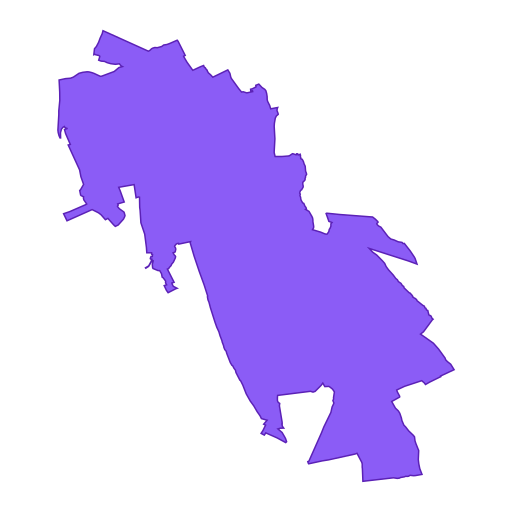 Zapodeni, Vaslui, Romania
{"feature_id": "2599482B89802278071969", "entity_name": "Zapodeni", "entity_type": "district", "adm_level": 2, "iso_a3": "ROU", "parent_name": "Romania", "parent_adm1": "Vaslui", "projection": "natural_earth1", "projection_center": [27.651, 46.76], "detail": "fine", "context": "isolated", "style": "filled", "palette": "violet", "viewbox_px": 512, "rotation_deg": 0, "n_neighbors": 0, "source": "geoboundaries", "source_scale": "gbopen_adm2", "svg_char_len": 5989}
<svg xmlns="http://www.w3.org/2000/svg" viewBox="0 0 512 512"><path d="M362.9,481.3L393.5,477.8L397.3,478.4L399.5,478.1L400.5,477.5L404.1,476.9L405.7,476.3L407.4,476.4L408.6,476.2L410.1,475.3L413.4,475.7L415.3,475.6L422.0,474.4L419.8,468.7L418.8,463.9L418.3,459.6L418.7,450.6L415.8,443.3L415.0,440.8L414.5,436.8L413.3,435.3L408.7,430.9L405.6,426.9L403.9,425.2L401.9,420.5L401.4,418.0L399.8,413.3L398.4,411.0L395.4,408.1L391.7,401.5L399.6,397.1L399.7,396.3L397.3,391.8L396.7,390.0L404.6,386.3L421.7,380.7L424.1,382.7L425.5,384.5L429.7,382.1L440.8,376.6L440.6,376.0L454.1,369.7L450.7,364.2L447.4,361.6L445.6,359.7L445.1,358.1L438.6,349.1L433.4,343.2L420.5,334.1L423.5,331.8L432.2,320.0L433.1,319.2L431.9,318.1L431.3,316.6L430.6,315.6L429.7,315.5L428.7,314.7L428.8,314.2L428.5,313.5L427.8,310.5L426.5,309.9L425.9,308.3L424.9,307.8L424.4,306.3L424.0,305.9L423.0,305.5L417.0,300.7L416.7,299.8L415.4,298.5L414.7,298.3L412.6,296.8L412.7,296.3L412.0,295.2L410.0,293.0L409.2,292.8L404.1,287.9L403.7,286.4L402.4,285.6L401.0,283.4L398.4,281.6L397.4,279.8L395.7,278.4L393.3,275.1L388.5,269.8L386.1,266.5L384.7,263.4L382.7,261.1L376.7,255.0L372.6,252.1L369.2,248.4L408.5,261.0L417.0,264.1L415.1,258.5L414.3,257.0L410.2,250.9L404.3,243.4L403.1,243.6L402.0,242.4L398.2,241.8L394.2,240.0L390.8,239.0L388.0,236.6L380.9,227.2L378.5,225.9L377.1,224.5L376.8,223.4L378.0,222.4L377.9,221.7L375.3,219.1L372.6,217.0L339.7,214.5L326.7,213.2L326.1,213.5L328.9,221.4L332.0,222.5L330.9,223.8L330.9,226.2L330.0,228.4L329.3,229.3L328.8,231.6L327.2,234.0L326.4,234.2L324.7,233.8L320.6,232.1L312.5,229.7L313.6,227.8L313.7,226.3L312.9,221.6L312.9,220.0L312.6,218.0L311.9,216.4L309.0,211.4L305.6,209.4L306.4,209.0L306.0,207.5L304.9,206.1L303.8,203.4L302.7,202.9L301.4,200.7L300.8,199.2L300.6,197.2L299.9,195.5L300.3,194.1L299.7,193.2L299.9,192.0L300.6,190.4L301.6,189.8L303.1,187.2L303.2,186.1L302.8,184.2L302.8,182.3L304.7,180.4L305.1,179.6L305.0,178.7L305.5,177.4L305.6,175.9L306.6,174.4L306.4,173.3L305.6,171.2L305.2,166.2L304.1,163.9L303.4,161.5L302.2,159.3L301.3,159.1L300.7,158.4L300.9,158.1L300.4,156.4L300.5,155.3L300.1,154.2L299.0,154.9L298.0,154.8L297.7,153.8L296.6,153.8L296.3,154.7L296.1,154.8L292.8,153.7L292.3,153.8L289.5,155.7L288.3,156.0L281.8,156.5L275.1,156.5L274.2,152.7L274.2,151.5L274.9,138.9L274.2,126.4L274.4,123.3L275.3,118.1L276.4,115.9L278.2,114.4L278.1,113.5L277.0,110.6L277.2,108.8L277.7,107.5L270.7,108.8L269.7,105.5L267.6,101.3L267.2,99.7L267.1,96.4L266.6,93.3L265.8,90.6L264.7,89.3L262.0,87.5L258.8,84.1L255.8,85.3L256.0,86.9L252.3,88.8L250.6,89.2L250.8,91.1L252.5,90.8L252.7,91.6L246.8,92.9L243.3,91.8L241.5,92.0L238.7,88.6L231.4,78.5L230.8,77.2L229.9,73.3L227.8,69.9L212.8,77.2L210.5,74.7L208.4,72.9L207.2,70.8L207.2,70.3L205.5,68.4L205.4,67.9L204.2,67.0L203.6,65.5L200.5,66.7L192.8,70.3L187.0,62.2L184.0,57.1L183.6,56.2L185.2,55.4L178.1,41.3L177.2,40.2L169.4,43.6L166.9,44.5L163.7,45.0L161.7,46.5L157.3,47.7L154.9,47.5L152.8,48.1L151.5,48.8L150.0,50.3L148.4,51.2L103.0,30.7L102.2,33.7L100.1,38.2L98.6,42.3L96.4,46.5L94.5,48.7L93.8,54.7L94.9,54.3L95.5,54.7L98.8,55.5L99.7,56.1L99.8,56.5L98.7,60.2L101.1,61.1L104.5,61.4L107.0,62.6L110.8,63.7L115.4,64.3L119.4,63.8L121.0,65.8L122.4,66.6L119.0,67.5L114.2,71.5L101.6,76.2L100.3,76.3L93.8,73.3L91.4,72.5L88.9,71.9L87.1,71.8L82.8,72.3L79.0,73.3L73.4,77.1L70.5,78.2L65.6,78.6L59.1,80.0L59.7,92.0L59.8,100.3L58.8,110.7L58.8,114.7L57.9,130.1L58.2,132.6L59.0,135.6L60.0,137.9L60.6,137.9L60.5,132.7L61.5,129.0L63.1,127.2L64.3,126.5L64.6,127.1L65.9,128.1L66.9,128.3L67.0,128.6L64.5,129.5L65.6,133.6L70.3,144.4L68.2,145.0L79.6,169.9L80.9,176.7L83.6,184.4L80.3,190.1L79.7,190.4L80.6,195.0L81.1,195.6L83.6,196.8L83.4,198.0L83.8,199.8L86.7,204.0L85.8,204.6L69.5,211.7L63.6,213.7L67.0,220.8L92.1,209.6L98.5,212.8L101.1,214.8L105.4,219.7L107.9,218.4L113.6,224.8L115.3,226.4L118.2,225.0L123.5,219.1L124.7,216.6L125.0,215.5L124.2,212.6L123.9,212.0L119.3,208.7L117.5,206.5L117.6,205.9L118.2,205.1L117.7,203.9L124.2,202.0L120.2,190.8L118.7,187.3L134.1,184.6L136.1,197.8L138.3,197.0L139.5,197.2L139.7,207.4L140.1,210.4L140.9,222.8L144.7,234.1L146.4,247.3L146.8,252.8L151.6,252.8L151.6,254.2L152.5,254.5L152.3,256.5L151.0,256.5L150.3,258.4L150.5,259.0L151.8,259.2L151.1,261.5L148.7,265.9L145.5,267.8L145.8,268.2L148.6,266.4L152.2,260.4L152.6,260.4L153.2,260.8L152.3,264.4L152.6,267.5L153.0,268.5L158.1,270.6L159.7,270.6L161.5,273.7L162.2,277.2L163.1,277.7L165.5,280.9L165.7,281.9L165.5,282.8L166.6,284.8L164.2,285.6L166.4,290.3L168.1,292.7L175.9,288.7L177.1,288.3L173.3,286.3L172.3,284.4L171.9,283.0L174.1,282.3L167.4,269.1L168.8,268.5L169.1,267.7L171.0,265.7L171.7,264.1L173.4,262.1L175.3,258.0L175.6,256.6L175.1,255.7L174.3,255.0L173.1,252.8L175.2,251.9L175.8,249.1L175.4,247.6L174.6,246.6L174.7,245.9L176.0,244.3L177.0,243.6L178.6,243.4L178.8,244.1L190.6,241.6L190.2,242.8L194.1,256.1L199.3,271.6L204.1,284.8L207.7,296.1L207.4,296.7L208.0,299.9L209.0,302.3L210.4,307.7L215.0,322.2L216.8,327.3L218.9,331.8L220.0,335.6L222.0,340.9L222.1,341.8L223.6,345.8L223.9,347.4L224.8,349.6L226.2,351.3L226.7,353.3L230.3,362.6L231.9,365.3L232.7,365.8L234.0,368.3L235.4,370.1L236.0,372.6L239.9,380.2L240.6,380.7L242.8,385.1L246.2,393.8L250.3,401.1L253.8,405.9L257.1,411.6L260.1,415.9L261.4,418.6L267.1,420.2L263.7,424.2L265.6,425.1L263.0,430.4L261.1,433.4L264.3,435.1L265.8,432.9L277.1,437.9L285.7,442.6L286.6,441.7L285.6,438.7L284.6,436.8L282.1,432.5L277.9,428.9L280.3,428.2L283.7,428.1L282.4,426.3L281.9,424.1L282.2,424.0L282.1,422.1L279.4,405.8L279.7,403.4L278.5,402.6L277.8,401.7L277.4,400.4L277.4,397.8L277.6,395.4L310.5,391.3L313.0,392.1L315.1,391.4L321.1,385.4L322.8,383.1L324.8,386.6L328.8,386.4L329.7,386.9L332.5,389.1L334.4,391.9L333.5,397.8L333.6,399.0L332.9,400.6L333.8,402.8L333.8,403.4L332.1,407.0L330.9,412.4L323.8,427.0L321.5,432.8L309.1,460.7L308.7,461.3L307.8,461.6L308.2,463.0L308.7,463.8L322.1,460.9L328.4,459.9L355.2,454.0L357.0,453.3L361.8,462.4L362.2,464.0L362.2,467.2L362.4,468.7L362.9,481.3Z" fill="#8b5cf6" stroke="#5b21b6" stroke-width="1.5"/></svg>